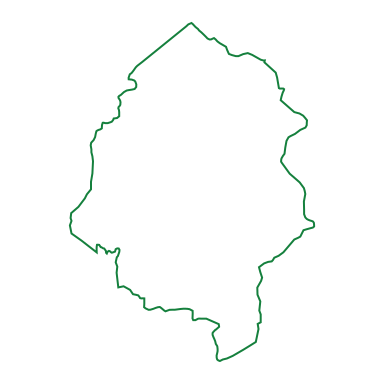 Bouca, Ouham, Central African Republic
{"feature_id": "33826404B6253227494909", "entity_name": "Bouca", "entity_type": "district", "adm_level": 2, "iso_a3": "CAF", "parent_name": "Central African Republic", "parent_adm1": "Ouham", "projection": "natural_earth1", "projection_center": [18.249, 6.335], "detail": "fine", "context": "isolated", "style": "outline", "palette": "green", "viewbox_px": 384, "rotation_deg": 0, "n_neighbors": 0, "source": "geoboundaries", "source_scale": "gbopen_adm2", "svg_char_len": 3436}
<svg xmlns="http://www.w3.org/2000/svg" viewBox="0 0 384 384"><path d="M300.3,236.6L303.5,230.2L306.5,229.3L310.8,228.1L312.8,227.6L314.1,226.5L314.1,225.0L313.9,222.9L313.1,221.6L312.1,221.1L309.8,220.4L308.3,219.8L306.7,218.9L305.3,217.4L304.1,214.2L304.1,209.9L303.9,201.5L305.3,194.0L304.7,190.9L303.9,188.1L299.7,182.4L289.7,173.7L281.8,162.8L281.1,161.7L281.2,159.8L281.5,158.4L283.0,155.8L284.5,153.8L285.3,147.5L286.5,140.9L288.5,137.3L290.5,136.1L295.0,133.9L300.3,129.9L305.4,127.6L306.7,125.3L306.8,122.5L307.0,120.3L305.1,117.9L303.2,115.7L299.5,113.5L294.3,112.1L280.7,100.2L281.5,96.6L282.7,92.7L283.8,90.4L284.1,89.2L283.4,88.6L281.4,88.5L279.9,88.6L278.9,88.1L277.1,77.5L275.7,72.6L265.7,63.5L264.4,62.3L264.8,60.4L263.5,60.5L260.7,59.7L252.2,54.9L247.8,53.1L243.2,54.1L238.5,56.1L235.7,56.1L232.0,55.1L228.9,53.9L227.1,49.9L226.0,46.8L223.1,45.1L219.8,43.2L217.4,41.4L215.6,39.4L214.0,38.1L213.0,38.5L211.1,39.4L209.6,39.5L207.5,38.5L206.1,37.0L203.8,34.7L201.4,32.4L199.0,30.4L198.1,29.1L195.5,27.0L192.7,24.0L191.4,23.0L188.3,24.4L186.5,26.1L185.8,26.7L142.2,62.0L137.3,65.8L135.8,67.3L134.8,68.7L133.9,70.0L132.8,71.5L131.5,73.1L129.8,74.3L128.6,77.8L128.7,79.3L131.8,79.6L134.3,80.5L135.3,81.6L136.3,84.4L136.2,87.0L134.6,89.0L132.0,89.6L128.8,90.1L126.7,90.5L123.9,92.1L120.9,94.9L119.2,95.9L118.4,96.9L118.6,98.1L119.7,99.7L120.2,100.8L120.5,102.2L120.3,104.8L119.5,106.1L118.6,107.0L118.3,108.2L119.0,110.2L119.2,112.2L119.2,115.4L119.2,116.2L117.1,118.0L115.2,118.3L113.7,118.5L113.2,119.9L111.8,121.7L110.6,122.2L107.8,123.1L105.0,123.1L103.7,122.7L102.7,122.8L102.1,124.7L102.0,125.3L101.8,128.1L101.8,128.4L100.3,129.4L98.6,129.9L97.3,130.5L96.4,131.2L95.8,133.5L95.1,137.1L93.6,140.1L91.2,142.7L90.7,145.3L91.4,149.4L91.4,152.3L92.4,156.3L93.0,161.3L92.4,173.5L91.0,181.8L91.0,189.3L86.9,194.3L84.9,198.3L78.4,206.9L71.2,213.1L70.6,218.1L71.5,220.9L69.9,225.4L71.5,233.5L81.5,240.6L96.7,252.4L96.6,248.9L96.7,246.6L97.0,244.8L97.8,244.7L99.2,244.9L100.7,247.1L101.2,247.1L103.1,248.3L104.2,248.5L105.9,250.9L106.1,252.8L106.8,253.5L107.5,251.8L108.3,251.3L108.9,250.9L110.0,251.3L111.2,252.4L111.8,252.7L112.6,252.5L115.0,251.6L115.2,251.0L115.7,249.2L117.2,248.4L117.5,248.4L118.7,248.5L119.5,249.9L119.3,251.9L117.9,256.0L116.8,257.3L115.7,262.3L117.3,266.6L116.6,272.7L118.3,287.4L123.6,286.3L130.1,289.9L133.0,294.2L136.0,294.8L138.3,295.4L139.4,296.9L140.1,298.1L141.3,298.4L142.9,298.3L144.3,298.4L144.3,303.9L144.1,307.2L145.6,308.4L148.6,309.8L150.4,309.7L153.4,308.8L155.7,307.9L157.9,307.2L159.8,307.0L161.1,307.9L162.9,309.4L164.3,310.6L165.5,311.3L169.6,309.8L175.1,309.7L180.4,309.0L183.7,308.7L187.1,308.8L189.6,309.2L192.6,310.8L192.7,313.2L192.6,316.2L192.5,318.4L193.2,320.1L195.5,320.1L197.9,318.8L198.9,318.6L203.8,318.7L206.4,318.7L218.7,324.1L219.1,326.3L219.1,326.8L215.8,329.7L215.4,329.8L213.4,331.9L212.6,333.0L212.6,334.9L213.6,337.5L214.1,338.5L215.2,341.2L215.8,343.9L217.1,345.9L217.3,346.4L217.6,349.0L217.6,351.1L217.2,353.1L216.6,355.5L216.7,357.8L217.2,359.5L218.3,360.4L219.9,361.0L222.8,359.5L226.9,358.5L232.7,355.9L243.2,349.8L248.9,346.3L255.8,342.0L258.5,329.0L257.7,323.9L260.7,322.3L260.7,314.4L259.3,310.6L260.3,301.4L257.5,294.7L257.3,287.6L261.1,280.9L262.1,277.6L260.3,272.1L259.0,267.2L264.1,263.4L268.1,261.9L271.7,261.4L272.9,260.1L274.3,257.7L278.6,255.8L283.4,252.3L294.3,239.5L298.1,237.8L300.3,236.6Z" fill="none" stroke="#15803d" stroke-width="2"/></svg>